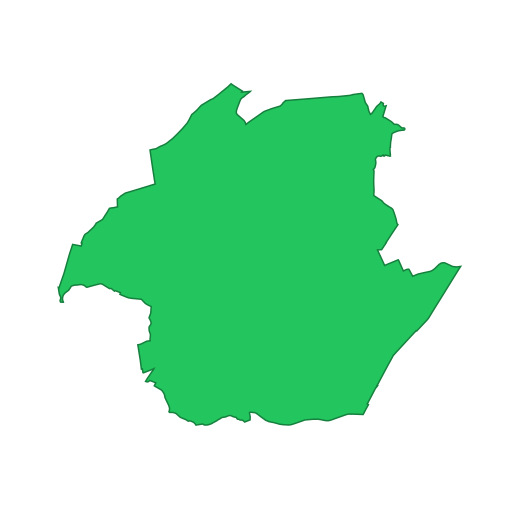 outline of Falticeni, Suceava, Romania, rotated 261°
{"feature_id": "2599482B37140017056503", "entity_name": "Falticeni", "entity_type": "district", "adm_level": 2, "iso_a3": "ROU", "parent_name": "Romania", "parent_adm1": "Suceava", "projection": "orthographic", "projection_center": [26.308, 47.463], "detail": "fine", "context": "isolated", "style": "filled", "palette": "green", "viewbox_px": 512, "rotation_deg": 261, "n_neighbors": 0, "source": "geoboundaries", "source_scale": "gbopen_adm2", "svg_char_len": 6030}
<svg xmlns="http://www.w3.org/2000/svg" viewBox="0 0 512 512"><g transform="rotate(261 256 256)"><path d="M334.4,404.3L335.0,404.6L337.7,404.7L341.7,405.1L342.1,405.7L344.4,406.1L347.3,406.8L348.9,407.3L350.5,407.9L355.3,409.3L356.0,410.4L356.5,412.0L357.2,415.2L357.4,417.1L357.4,418.7L357.2,421.6L357.3,422.3L357.7,422.7L358.4,422.9L358.8,422.8L359.3,422.3L359.4,421.8L359.5,421.2L359.7,420.1L360.7,419.2L362.9,417.4L363.6,416.6L364.1,415.4L364.3,413.8L364.6,413.1L365.0,412.7L367.1,411.1L368.2,410.0L370.8,407.0L372.4,405.2L372.5,404.9L372.6,404.5L372.7,404.2L372.9,403.9L373.8,403.1L375.3,403.8L384.0,408.0L383.8,406.7L383.9,406.1L384.5,405.3L385.5,405.2L386.8,405.7L388.6,403.5L387.7,402.8L386.9,401.9L386.2,400.7L384.7,398.4L384.1,397.9L381.5,395.4L380.1,394.1L378.7,392.6L378.0,391.2L381.0,390.2L383.3,390.0L386.5,389.8L390.7,387.9L392.1,387.8L398.5,387.0L399.6,386.4L400.1,386.0L400.2,381.7L400.3,377.0L400.0,374.9L400.0,373.1L400.3,367.9L400.6,362.6L401.4,355.4L403.2,331.3L404.9,309.5L402.8,306.4L401.9,305.7L400.8,304.2L400.2,302.8L400.1,301.9L399.6,298.1L398.9,293.3L398.5,292.1L398.4,291.4L398.3,290.6L397.9,288.7L397.5,286.8L396.7,285.0L395.8,283.2L393.7,278.9L389.4,270.0L387.5,266.6L389.6,266.3L391.8,265.3L394.2,263.3L398.3,259.9L400.0,258.9L400.7,259.0L402.6,259.4L405.0,260.6L408.3,262.5L410.6,263.8L412.3,264.8L413.2,265.5L414.2,266.6L415.3,269.1L416.7,271.1L418.2,274.0L418.9,275.4L419.5,276.2L420.1,267.5L421.1,268.3L421.3,268.0L423.5,265.5L424.8,264.0L428.5,259.8L429.5,258.8L430.0,258.3L427.4,254.6L422.9,246.8L421.5,244.5L420.5,242.6L418.0,238.0L417.9,237.4L417.6,235.9L417.0,234.4L413.5,225.8L412.6,224.5L409.3,220.4L406.8,216.5L405.8,214.7L403.3,212.9L400.7,211.0L398.1,208.9L393.1,203.0L388.7,197.2L385.0,191.9L381.1,185.0L380.0,181.7L379.4,179.0L378.6,176.6L377.6,174.1L377.5,170.6L377.3,167.9L362.2,167.7L346.1,167.6L342.9,167.7L339.3,142.3L338.6,136.8L336.4,131.9L335.8,131.0L334.6,129.3L334.0,127.9L326.2,126.9L326.0,122.5L326.1,120.5L326.0,118.7L323.0,116.3L319.8,113.4L316.8,110.8L316.0,109.9L315.3,108.2L313.7,104.0L313.4,103.3L312.2,102.4L310.0,100.2L307.6,96.7L305.5,93.6L304.2,90.6L302.8,89.3L296.3,85.4L295.8,86.2L293.2,84.9L296.1,76.7L286.5,71.8L269.0,63.7L255.5,56.5L255.9,55.8L248.9,55.8L248.4,55.9L247.0,56.4L246.5,56.5L245.3,56.6L244.4,56.4L243.1,55.7L242.5,55.5L241.9,55.5L241.0,55.8L240.5,58.5L240.8,58.5L242.1,58.2L243.3,58.1L244.5,58.3L245.2,58.5L247.1,59.3L248.2,60.3L249.6,62.0L251.4,65.5L252.4,66.5L254.2,68.1L255.0,68.7L255.1,69.0L255.4,70.3L255.6,72.1L255.5,73.2L255.3,74.9L255.3,76.4L255.2,78.5L255.0,79.5L254.4,80.7L253.5,82.1L251.8,83.5L251.6,84.5L252.4,91.5L252.9,97.1L252.9,98.3L252.1,100.0L251.6,100.5L246.9,106.0L246.6,106.6L246.6,107.9L243.4,110.7L243.7,111.2L243.7,111.7L241.0,116.4L239.4,115.6L236.9,119.6L234.7,123.4L233.6,126.7L231.2,136.0L226.4,139.3L224.2,142.0L222.5,144.6L220.4,144.1L218.2,143.6L216.1,143.1L214.2,142.1L212.0,140.8L210.9,140.8L210.1,141.3L208.8,141.6L207.3,141.9L206.0,141.9L205.0,141.4L204.3,140.9L203.2,139.7L202.3,139.2L200.9,139.0L199.5,138.8L198.2,138.9L196.1,139.3L194.6,139.4L193.3,139.1L190.3,138.3L188.8,138.2L189.0,135.0L188.4,132.9L187.6,130.4L187.1,128.8L186.8,126.9L186.8,125.4L171.0,125.4L162.2,125.1L162.3,126.1L159.7,126.1L158.5,126.1L158.2,126.6L158.3,127.0L160.2,135.7L160.7,137.5L159.0,136.2L158.1,135.2L151.7,129.2L149.4,127.3L148.8,128.4L148.6,129.5L148.9,130.5L149.7,131.6L147.5,135.4L146.4,137.2L143.7,135.2L142.2,137.0L141.0,138.5L138.6,141.4L138.2,141.8L137.0,142.5L134.8,143.5L133.6,143.8L132.5,144.0L131.4,143.9L129.9,144.1L122.2,146.4L119.7,146.8L119.0,146.8L117.8,146.5L116.5,146.1L116.0,145.7L115.5,145.8L115.0,146.2L114.8,147.7L114.5,149.3L113.6,151.4L112.6,152.7L111.2,153.8L109.3,155.3L108.7,155.8L108.1,156.6L105.3,161.2L104.0,162.6L103.5,163.2L103.4,163.8L103.6,164.3L103.3,165.5L102.4,167.0L101.3,168.5L100.4,169.2L99.8,169.6L99.2,169.9L98.4,170.2L98.4,176.5L98.2,177.5L97.3,178.3L97.0,179.2L96.7,181.9L97.1,184.7L97.5,186.3L98.1,187.6L99.2,190.9L99.4,191.4L100.1,192.8L101.0,195.4L101.8,196.8L101.8,197.2L101.8,199.4L101.8,200.5L102.0,201.6L102.5,203.5L102.6,204.3L102.5,205.3L102.2,206.4L101.8,206.9L101.1,207.9L100.3,209.5L99.6,211.2L99.4,211.4L98.8,211.6L98.1,211.9L97.8,212.1L97.6,212.5L97.4,213.5L96.8,214.1L96.3,215.4L96.0,216.8L95.2,217.8L93.8,218.8L95.0,224.5L98.2,225.1L102.2,225.0L102.7,225.9L102.5,226.5L101.8,229.0L101.4,230.5L100.7,231.5L99.5,232.8L96.7,235.4L92.2,239.9L91.3,241.5L90.5,242.5L88.6,247.7L86.1,253.2L85.2,256.3L84.0,261.7L83.9,264.3L84.5,268.3L85.4,273.3L86.4,278.7L85.8,287.1L85.1,291.7L84.2,294.5L82.6,298.8L82.0,301.5L82.2,304.2L83.9,313.2L85.2,320.2L85.4,322.5L84.7,326.9L82.7,337.0L84.5,338.4L87.0,340.2L91.6,343.8L92.4,342.7L100.0,348.4L104.2,351.5L106.5,353.2L107.1,353.7L107.2,354.1L108.8,355.7L108.9,355.1L110.6,356.5L114.5,359.4L116.2,360.7L119.4,363.1L123.9,366.5L128.6,370.1L135.3,375.3L135.8,375.5L138.7,379.0L144.6,386.5L152.2,396.1L153.8,398.2L157.2,402.5L156.8,403.0L159.9,407.0L165.9,414.8L167.6,416.7L174.2,422.3L185.4,432.0L210.1,453.3L213.7,456.5L213.8,452.4L214.9,448.5L219.6,441.6L220.1,439.7L220.0,437.7L219.0,435.4L215.5,430.5L214.2,428.0L213.6,426.0L213.2,418.7L212.8,413.2L211.5,407.6L218.9,405.0L219.2,404.1L219.1,402.5L218.2,399.2L229.4,396.2L230.0,395.9L226.8,382.5L226.5,381.6L232.9,379.8L238.2,378.3L243.0,376.9L242.6,381.1L248.7,386.7L248.9,386.5L250.4,387.9L256.9,393.8L264.8,401.1L265.5,400.6L266.3,400.3L270.8,400.1L276.8,399.2L280.4,398.5L282.0,397.4L282.7,396.5L283.3,395.7L286.9,391.7L288.6,390.2L289.9,389.5L290.9,388.9L294.0,385.4L297.2,381.9L297.5,381.8L302.6,382.9L308.3,383.5L311.3,383.9L317.8,385.1L320.6,385.7L321.5,385.8L322.6,385.6L323.2,385.4L323.9,386.6L325.4,387.6L328.5,388.8L330.7,389.1L332.6,389.0L333.2,389.3L334.2,390.0L335.3,391.2L335.7,392.9L335.0,394.6L335.1,395.8L335.8,397.2L335.9,397.5L335.7,397.6L334.9,397.6L334.6,398.1L334.7,398.7L335.3,399.2L335.5,399.6L335.2,400.3L334.8,401.2L334.5,401.6L334.4,402.1L334.3,402.8L333.6,403.8L333.7,404.4L334.4,404.3Z" fill="#22c55e" stroke="#15803d" stroke-width="1.5"/></g></svg>